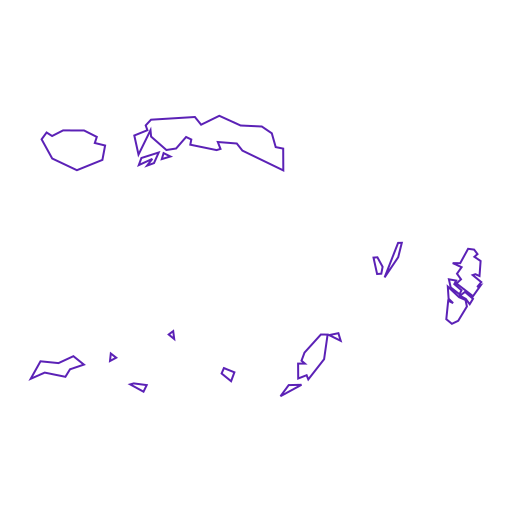 the Province of Maluku
{"feature_id": "IDN-554", "entity_name": "Maluku", "entity_type": "Province", "adm_level": 1, "iso_a3": "IDN", "parent_name": "Indonesia", "parent_adm1": "", "projection": "mercator", "projection_center": [130.68, -5.566], "detail": "medium", "context": "isolated", "style": "outline", "palette": "violet", "viewbox_px": 512, "rotation_deg": 0, "n_neighbors": 0, "source": "natural_earth", "source_scale": "10m", "svg_char_len": 1926}
<svg xmlns="http://www.w3.org/2000/svg" viewBox="0 0 512 512"><path d="M283.2,148.6L283.3,170.4L242.4,150.6L236.8,143.5L217.8,142.0L220.5,148.9L216.6,150.1L190.3,144.7L191.3,139.5L186.1,137.0L176.1,148.5L166.4,150.0L151.1,136.6L150.5,130.2L138.5,154.6L134.3,135.5L147.4,130.2L145.7,125.4L151.0,119.7L194.9,117.0L201.1,124.7L219.3,115.8L240.6,125.5L261.8,126.5L271.8,133.3L275.7,147.1L283.2,148.6ZM105.1,145.5L102.4,159.9L76.9,170.2L52.2,158.5L41.6,139.3L46.6,132.5L52.1,136.0L63.1,130.4L84.1,130.5L96.8,136.9L94.8,143.0L105.1,145.5ZM480.6,285.5L473.0,296.2L456.5,283.5L461.0,279.3L457.0,273.7L461.6,267.2L452.7,263.1L460.2,263.2L468.1,248.8L474.1,249.6L477.5,254.1L474.4,256.8L480.6,261.0L479.5,276.0L475.4,274.2L472.7,275.1L481.3,282.1L477.2,287.0L480.6,285.5ZM327.6,334.6L324.1,359.2L308.3,379.4L306.6,375.2L298.2,378.5L298.1,363.6L304.9,363.6L301.5,360.7L304.5,352.6L320.9,334.5L327.6,334.6ZM83.9,364.6L70.0,369.3L65.4,376.8L44.7,372.6L30.7,378.8L40.5,361.3L58.5,363.1L73.4,356.2L83.9,364.6ZM466.9,306.5L458.2,320.8L451.9,323.8L446.3,319.2L448.2,300.7L453.1,303.1L448.6,298.7L447.8,286.6L459.1,297.2L465.5,300.0L466.9,306.5ZM158.7,152.5L154.0,163.1L147.1,165.6L152.3,158.9L138.8,165.1L141.4,158.0L158.7,152.5ZM234.4,372.3L231.1,381.2L221.6,373.5L223.9,368.1L234.4,372.3ZM401.8,242.8L398.2,257.2L384.6,277.4L398.1,242.9L401.8,242.8ZM382.6,266.8L381.3,273.7L377.1,274.0L373.5,257.6L377.4,257.3L382.6,266.8ZM461.5,290.3L459.5,294.3L450.7,287.4L448.9,279.3L456.2,280.6L454.3,284.1L461.5,290.3ZM146.7,385.1L143.5,391.7L130.2,384.4L133.8,383.4L146.7,385.1ZM473.0,298.8L469.7,304.2L465.8,298.9L460.0,295.7L465.0,291.9L473.0,298.8ZM288.7,385.1L301.5,384.8L280.5,396.2L288.7,385.1ZM338.4,333.2L340.7,340.8L329.1,335.1L338.4,333.2ZM173.2,331.1L174.2,339.0L168.7,334.5L173.2,331.1ZM163.6,153.1L170.4,156.5L161.8,159.1L163.6,153.1ZM110.8,353.5L116.2,357.7L110.0,361.0L110.8,353.5Z" fill="none" stroke="#5b21b6" stroke-width="2"/></svg>